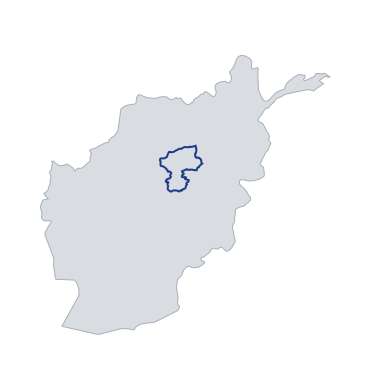 Bamyan highlighted on a map of Afghanistan, rotated 352°
{"feature_id": "AFG-1743", "entity_name": "Bamyan", "entity_type": "Province", "adm_level": 1, "iso_a3": "AFG", "parent_name": "Afghanistan", "parent_adm1": "", "projection": "equal_earth", "projection_center": [67.218, 34.704], "detail": "fine", "context": "in_parent", "style": "outline", "palette": "blue", "viewbox_px": 384, "rotation_deg": 352, "n_neighbors": 0, "source": "natural_earth", "source_scale": "10m", "svg_char_len": 7499}
<svg xmlns="http://www.w3.org/2000/svg" viewBox="0 0 384 384"><g transform="rotate(352 192 192)"><path d="M167.8,94.2L175.3,93.4L180.4,94.4L183.0,97.2L185.6,97.9L188.2,96.6L189.8,96.3L190.4,97.2L191.7,97.6L193.6,97.4L194.7,98.2L195.0,99.8L196.4,101.9L199.0,104.5L201.4,105.1L204.4,103.1L205.4,103.4L205.9,102.7L206.2,101.3L208.0,99.9L211.4,98.6L213.3,97.5L213.9,96.6L215.1,96.3L216.3,96.6L217.2,96.2L217.8,94.9L219.0,94.5L220.0,94.7L224.7,99.3L226.5,100.7L227.3,100.5L229.6,98.0L229.9,95.7L229.2,92.7L229.6,90.2L231.1,88.4L233.9,87.3L238.0,86.8L240.5,87.1L241.5,88.0L242.7,88.6L244.3,88.7L245.7,87.6L247.0,85.3L247.0,82.5L245.8,79.2L246.1,78.1L248.2,76.5L250.3,74.0L252.4,70.8L254.4,66.9L256.8,64.4L259.8,63.5L263.4,64.6L267.7,67.6L269.4,71.4L268.4,75.8L268.4,78.3L269.3,78.8L274.1,77.9L274.7,78.5L274.7,79.8L274.0,81.7L273.3,87.0L272.0,100.2L274.2,108.0L275.7,111.2L277.1,112.2L278.6,112.5L280.0,112.2L282.9,110.2L287.3,106.5L291.6,104.2L297.8,102.9L299.8,98.9L302.6,96.3L309.2,92.4L312.7,90.9L314.8,90.6L319.8,92.1L320.1,93.3L319.8,94.6L318.4,95.6L318.0,96.5L318.6,97.1L320.6,97.3L329.3,94.6L331.1,92.2L333.0,92.1L336.7,93.1L339.5,92.8L341.1,93.8L344.6,97.3L343.5,97.5L341.9,96.8L341.1,95.7L337.6,97.2L333.7,99.3L333.8,99.9L337.4,103.1L330.2,106.6L327.0,108.6L326.2,108.6L321.3,106.8L307.6,107.4L297.2,108.5L293.2,110.2L289.4,111.1L287.5,112.0L286.2,113.9L280.6,118.0L279.5,119.5L276.3,119.4L273.1,123.4L268.3,128.2L267.3,130.4L268.1,131.6L270.7,133.3L271.9,135.0L273.8,139.6L274.6,142.9L275.8,144.3L276.4,148.2L275.3,150.4L275.3,151.5L277.0,154.5L276.6,155.4L275.4,156.8L273.6,160.6L270.2,163.4L268.8,165.9L266.4,168.7L265.4,171.0L264.4,172.2L263.3,172.9L263.6,174.2L264.6,175.7L266.2,177.5L266.2,184.5L265.4,186.5L261.1,188.5L256.9,189.3L251.8,189.3L249.9,189.0L242.8,186.5L240.6,187.7L240.1,190.8L244.2,195.9L245.9,198.7L247.8,203.4L249.2,205.9L248.8,208.2L241.5,213.2L236.9,213.7L233.9,214.6L232.5,215.8L231.5,221.2L230.5,223.1L230.5,225.5L229.6,228.1L228.1,229.8L227.1,232.6L228.0,246.8L223.8,252.5L221.4,254.6L219.2,255.5L217.3,255.2L214.9,251.9L213.3,250.7L211.6,250.9L210.0,252.1L207.3,251.7L205.0,250.6L203.9,250.7L203.2,251.8L200.8,254.3L194.8,258.0L192.3,258.3L191.3,259.2L191.7,260.8L192.8,262.0L194.7,262.9L194.7,263.9L191.7,265.8L188.6,267.1L185.0,267.5L181.3,266.8L179.4,265.2L177.1,265.0L175.1,266.2L172.9,268.2L170.0,273.3L165.7,276.4L164.6,279.5L163.3,285.2L163.6,293.5L163.1,297.2L162.2,299.6L162.3,301.5L163.8,303.7L163.2,305.1L162.0,306.7L160.8,307.6L137.2,315.6L133.3,315.8L131.3,315.5L124.6,315.5L121.8,316.1L119.0,317.1L117.0,318.5L115.3,320.5L112.6,319.4L103.8,317.4L79.9,320.0L77.7,319.5L44.5,306.9L65.6,278.7L66.2,276.3L66.3,271.7L65.2,265.6L63.2,262.8L45.1,259.5L44.6,254.8L44.9,252.7L44.6,248.6L44.7,245.4L45.7,240.2L45.8,237.9L40.6,214.7L40.6,212.5L44.1,207.2L48.5,202.0L48.3,201.0L46.2,200.5L42.9,200.4L41.2,199.6L39.9,198.2L39.4,196.1L40.4,192.4L39.7,185.3L43.2,179.2L48.5,178.9L45.9,174.5L45.4,174.0L45.2,173.3L45.5,172.5L46.8,172.2L50.1,169.4L50.2,167.9L52.9,163.7L52.8,161.9L54.6,157.0L53.8,153.8L53.7,152.0L55.6,150.9L56.9,146.3L57.6,145.2L57.7,144.1L57.3,142.3L59.1,142.0L60.7,144.3L63.2,146.8L64.8,147.5L66.9,147.9L71.5,147.1L72.5,147.2L77.3,151.5L78.1,152.6L78.5,154.4L79.2,154.9L80.9,153.2L82.6,152.6L85.7,153.1L87.3,152.5L95.3,147.1L95.9,143.7L96.7,141.8L97.8,140.6L96.5,136.7L97.0,135.9L98.0,135.6L100.6,135.6L112.6,131.3L115.7,131.3L116.4,130.9L116.6,129.7L117.5,128.4L123.1,125.3L126.4,122.1L127.6,119.7L133.1,100.1L135.9,98.4L138.8,97.1L148.6,96.8L150.4,90.8L151.3,89.3L153.1,88.0L160.2,92.2L167.8,94.2Z" fill="#d9dde1" stroke="#a8b0b8" stroke-width="1"/><path d="M188.0,184.0L187.2,184.7L186.9,185.1L186.7,185.6L186.6,185.8L186.2,186.9L185.9,187.3L185.8,187.5L185.6,187.6L183.8,187.9L183.1,188.2L183.0,188.3L182.9,188.4L182.8,188.5L182.6,188.8L182.4,189.1L182.2,189.2L181.9,188.8L181.8,188.7L181.7,188.6L181.1,188.8L180.9,188.9L179.7,189.7L179.4,189.7L178.6,189.3L178.5,189.2L178.4,189.2L178.3,188.9L178.2,188.8L178.0,188.7L174.2,187.8L173.8,187.8L173.2,188.0L172.9,188.1L172.7,188.2L172.6,188.3L172.3,188.5L171.7,188.7L171.2,188.7L170.0,187.9L168.8,186.6L168.6,186.3L168.5,186.2L168.4,185.9L168.4,185.5L168.5,184.7L168.6,184.2L169.2,183.0L169.2,182.7L168.9,181.6L168.8,180.5L168.9,180.4L168.9,180.2L169.1,180.1L169.4,179.8L169.5,179.8L169.7,179.7L169.8,179.6L169.9,179.4L169.9,179.2L169.7,178.9L169.3,178.7L168.6,178.4L167.8,178.3L167.7,178.0L167.5,177.7L167.9,176.9L169.2,175.9L169.4,175.8L170.6,175.4L170.8,175.4L171.4,175.7L171.6,175.6L171.9,175.4L173.2,174.1L173.2,173.8L172.9,173.5L172.8,173.3L172.7,173.0L172.7,172.9L172.7,172.5L172.8,172.2L173.5,171.4L173.8,170.9L174.0,170.7L174.0,170.3L174.0,170.1L173.9,169.9L173.8,169.7L173.6,169.4L173.4,169.2L172.6,168.7L172.4,168.6L172.1,168.7L171.9,168.7L171.5,168.5L171.4,168.4L171.4,168.5L171.2,168.6L171.1,168.3L171.2,168.1L171.3,167.9L171.2,167.7L170.8,167.4L170.6,167.2L170.4,167.0L170.1,166.7L170.0,166.4L169.9,165.5L169.7,165.4L169.1,164.7L168.8,164.3L168.7,164.1L166.9,162.6L166.3,162.3L165.3,162.1L165.1,162.0L165.0,161.9L164.9,161.8L164.8,161.6L164.7,161.5L164.7,161.3L164.6,161.1L164.6,160.9L164.7,160.1L164.7,159.9L164.8,159.8L164.8,159.6L164.9,159.3L165.0,158.6L165.2,157.4L165.2,157.2L164.9,156.8L164.8,156.7L164.7,156.6L164.7,156.4L164.8,155.7L165.0,155.2L165.2,154.8L165.4,154.7L165.5,154.6L166.0,154.4L169.0,154.8L169.4,154.8L170.2,154.5L171.3,154.0L171.8,154.0L172.0,153.8L172.1,153.6L173.5,150.9L174.6,149.5L174.8,149.2L175.4,149.1L176.5,149.6L177.1,149.7L179.2,149.8L179.8,149.6L181.7,148.7L183.4,148.2L185.4,147.4L185.6,147.4L185.8,147.4L186.2,147.5L186.6,147.5L187.4,147.8L189.7,146.8L191.0,146.5L191.6,146.5L194.4,147.2L194.6,147.2L194.9,147.2L196.0,146.8L196.4,146.8L196.5,146.9L196.7,147.2L196.8,147.3L197.0,147.4L199.2,147.1L200.1,147.1L201.9,146.7L201.9,147.4L202.0,147.9L202.3,148.9L202.3,149.1L202.3,149.3L202.1,149.7L202.1,150.0L202.2,150.8L202.2,151.0L202.1,151.3L202.0,151.5L201.9,151.8L201.8,152.6L201.7,152.9L201.6,153.2L201.5,153.5L201.4,153.8L200.8,154.1L200.7,154.2L200.6,154.4L200.5,154.6L200.4,154.8L200.3,155.0L200.2,155.6L200.2,155.8L200.3,156.1L200.4,156.4L200.4,156.6L200.3,156.9L200.4,157.9L200.5,158.1L200.7,158.3L201.3,158.5L201.5,158.6L201.6,158.8L201.8,158.8L202.4,158.6L202.6,158.6L202.8,158.8L203.6,159.4L203.7,159.5L203.8,159.5L204.0,159.4L205.1,160.7L205.4,161.5L205.4,162.3L205.5,162.9L205.5,163.7L205.4,164.6L205.5,164.8L205.9,165.1L206.1,165.3L203.7,166.7L203.1,167.2L202.8,167.7L202.4,168.3L202.1,168.5L201.7,168.4L201.4,168.4L201.1,168.4L201.0,168.5L200.8,168.7L200.7,168.9L200.3,169.5L200.2,169.6L200.1,170.0L199.6,171.1L198.3,170.9L194.4,169.7L193.9,169.6L193.1,169.7L192.5,169.7L192.1,169.6L191.7,169.5L191.0,169.4L190.9,169.4L190.7,169.1L190.1,168.8L189.8,168.7L189.6,168.7L189.4,168.7L188.8,169.1L188.7,169.2L186.8,169.6L185.6,169.8L185.4,169.9L185.2,170.0L185.0,170.4L185.2,171.2L185.5,171.5L186.1,172.1L186.2,172.3L186.3,172.5L186.3,173.0L186.2,173.2L186.1,173.3L185.8,173.6L185.7,173.7L185.0,173.8L184.8,173.8L184.7,173.9L184.6,174.1L184.4,174.4L184.3,174.7L184.1,175.2L184.1,175.5L184.3,175.9L184.5,176.0L186.2,176.3L187.2,176.3L187.4,176.3L187.6,176.4L187.8,176.5L188.0,176.9L188.0,177.1L188.0,177.3L187.9,177.5L187.7,177.7L187.5,177.8L187.0,178.1L187.0,178.3L187.2,178.5L187.8,178.6L188.1,178.6L190.2,179.7L190.5,179.9L190.5,180.1L190.3,180.3L190.0,180.8L189.9,181.2L189.8,181.3L189.7,181.4L188.0,182.1L187.8,182.3L187.7,182.5L187.6,183.1L187.6,183.4L187.7,183.6L188.0,184.0Z" fill="none" stroke="#1e3a8a" stroke-width="2"/></g></svg>